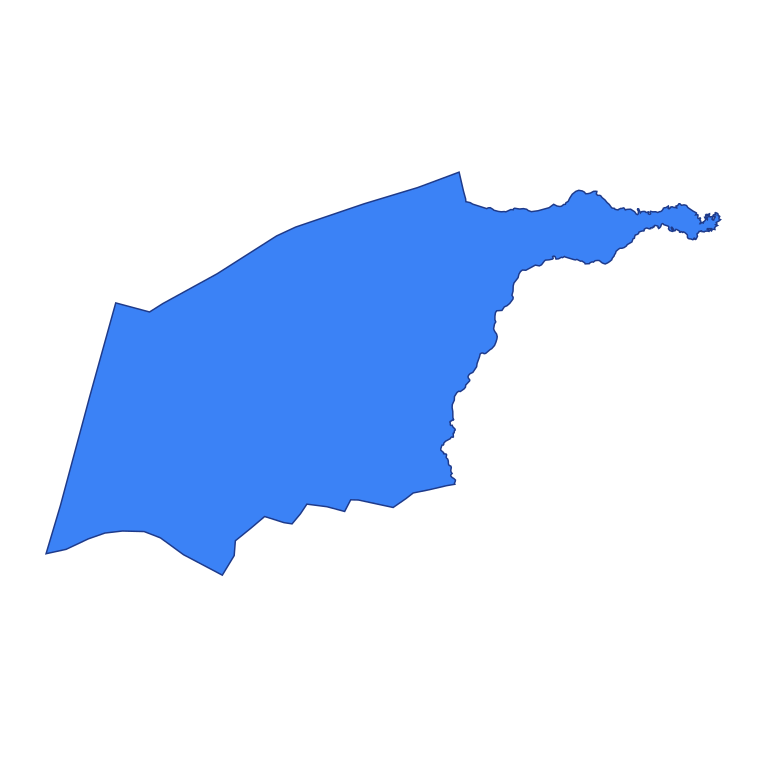 the district of Intan Jaya, Papua, Indonesia, rotated 105°
{"feature_id": "22746128B83440404091664", "entity_name": "Intan Jaya", "entity_type": "district", "adm_level": 2, "iso_a3": "IDN", "parent_name": "Indonesia", "parent_adm1": "Papua", "projection": "albers", "projection_center": [136.506, -3.409], "detail": "fine", "context": "isolated", "style": "filled", "palette": "blue", "viewbox_px": 768, "rotation_deg": 105, "n_neighbors": 0, "source": "geoboundaries", "source_scale": "gbopen_adm2", "svg_char_len": 6171}
<svg xmlns="http://www.w3.org/2000/svg" viewBox="0 0 768 768"><g transform="rotate(105 384 384)"><path d="M462.5,289.6L461.5,290.3L460.0,290.0L458.3,290.1L457.2,292.1L456.6,294.2L455.4,295.8L454.3,295.9L452.8,295.0L451.7,296.4L450.3,297.1L447.2,297.4L446.1,298.1L445.7,300.0L444.7,301.0L441.7,302.0L440.1,303.0L439.3,304.5L438.6,305.0L436.2,305.2L435.6,305.8L435.9,308.4L434.9,308.6L433.2,312.0L432.0,312.4L428.1,312.2L427.6,310.9L426.9,310.7L425.8,311.0L423.4,309.8L419.5,305.7L418.4,305.6L417.6,304.8L417.6,303.6L417.1,303.3L413.7,304.4L413.0,303.6L411.1,303.9L410.0,303.3L409.1,303.8L407.5,306.5L406.2,307.5L406.7,308.9L406.3,309.4L404.4,309.9L403.7,310.6L402.8,310.2L402.1,309.2L401.1,308.7L401.1,307.9L400.4,307.5L398.8,308.7L392.9,310.4L389.1,312.1L386.2,312.7L381.4,311.9L377.9,312.7L373.3,311.3L371.7,310.0L371.5,308.3L367.9,305.3L366.0,304.5L363.9,304.8L358.8,302.1L357.9,302.2L356.3,304.2L355.0,304.8L353.3,304.4L351.7,303.5L349.8,301.2L343.4,299.0L340.1,299.4L333.1,298.8L330.1,298.9L328.9,297.9L328.5,296.5L328.8,295.1L328.1,293.7L323.3,290.4L322.0,289.1L318.2,287.2L314.6,286.7L311.2,286.6L308.9,286.9L306.6,288.2L304.5,290.7L302.4,292.4L297.4,292.8L295.1,292.1L293.2,293.5L289.8,294.4L286.2,294.8L284.1,294.1L282.4,289.1L278.3,287.7L276.6,285.5L273.6,283.4L268.5,281.4L266.8,281.7L265.2,283.4L260.9,283.4L255.8,284.6L252.8,284.6L246.6,282.0L243.0,282.1L240.1,281.3L238.1,279.8L237.4,276.4L230.0,268.6L229.7,264.5L228.1,262.7L223.7,260.9L222.6,260.2L221.3,256.6L219.7,253.5L218.7,253.1L217.4,254.1L216.7,253.6L216.5,252.3L216.9,251.5L218.8,250.2L217.9,247.8L215.7,245.5L215.7,244.2L214.1,242.7L214.4,242.0L214.7,233.1L214.6,231.2L213.7,229.9L214.5,226.0L214.0,224.6L215.0,221.5L215.9,220.8L214.6,216.8L213.5,216.3L212.5,215.1L212.1,214.2L212.1,213.3L210.2,211.9L209.4,209.8L209.0,208.0L210.4,205.0L210.7,203.6L210.8,201.4L209.2,199.4L207.3,197.7L205.0,196.1L203.6,196.1L200.7,194.8L199.9,194.9L197.7,194.2L195.8,194.2L193.1,192.4L191.8,191.2L191.3,189.3L190.1,187.4L188.0,185.6L186.4,185.1L182.6,181.3L179.8,181.1L179.0,180.8L178.6,180.0L178.0,179.8L177.1,180.1L175.0,179.8L174.2,178.4L172.9,177.1L171.4,177.1L170.1,175.5L169.1,173.6L169.0,172.8L168.6,172.4L167.2,172.7L165.7,171.3L165.3,170.4L165.5,167.9L164.9,166.6L164.2,166.9L163.7,166.0L163.7,165.0L162.5,164.7L162.8,164.3L162.3,163.8L160.9,163.7L160.6,162.9L160.6,160.4L161.2,159.9L162.0,159.8L162.0,158.9L162.5,158.8L162.1,158.3L160.5,157.5L158.0,157.3L157.0,156.6L157.0,155.9L157.7,154.9L157.9,150.6L158.5,149.6L159.6,149.3L160.5,149.4L161.8,147.8L162.0,145.2L161.8,144.5L161.3,144.3L160.7,144.6L159.9,146.4L158.4,147.1L158.1,146.8L158.1,146.3L159.3,144.8L161.0,143.4L160.6,142.5L159.1,142.1L159.0,141.2L159.8,138.1L160.8,137.8L160.8,137.1L159.9,136.4L159.9,135.7L160.4,135.0L160.3,134.6L159.6,134.3L159.8,132.7L161.1,130.1L161.6,129.5L163.7,128.9L164.5,128.1L164.8,127.0L164.5,125.0L164.7,123.0L164.1,122.4L163.2,122.4L162.8,122.1L162.9,121.5L163.8,121.0L163.8,120.6L163.4,120.1L160.2,119.4L158.1,120.5L157.4,120.3L157.0,119.7L156.3,119.3L155.1,119.2L154.6,117.8L154.0,117.5L153.9,117.0L154.6,116.2L154.2,115.4L154.3,114.6L154.1,113.9L153.5,113.6L152.6,111.4L152.5,109.5L152.0,109.4L150.7,110.4L151.0,111.5L150.8,112.0L150.2,111.8L149.3,108.4L150.9,108.6L151.5,107.4L150.9,107.0L149.9,107.7L149.5,107.4L149.1,104.3L147.5,105.1L145.7,104.2L144.6,102.9L144.2,104.9L143.2,103.9L142.0,104.9L139.3,102.2L138.1,101.5L138.0,103.0L137.0,103.4L135.2,103.1L134.9,103.8L135.1,104.3L134.7,104.9L133.4,105.3L132.9,106.1L132.6,108.0L133.2,108.5L134.7,107.4L135.1,109.2L135.7,109.7L136.3,109.8L136.8,109.4L136.7,107.5L137.1,107.3L137.7,107.4L138.4,108.0L140.1,107.9L140.5,108.5L139.8,109.9L138.3,109.6L137.4,109.9L137.6,111.1L138.3,112.2L137.7,112.9L137.0,113.6L136.5,113.7L135.8,113.4L135.3,113.6L136.4,114.9L136.8,116.7L137.6,117.1L138.1,116.8L138.2,116.2L137.7,115.7L137.5,114.6L137.6,113.9L138.1,113.7L139.2,114.7L140.2,114.9L141.0,114.2L141.5,114.2L140.8,115.3L139.8,115.5L139.4,116.0L139.4,116.7L139.9,117.5L141.5,116.0L142.7,116.0L144.1,116.8L144.6,117.5L145.1,117.2L145.9,117.3L145.8,118.4L146.3,119.4L147.1,119.7L147.3,120.3L145.3,119.9L144.6,120.2L144.0,121.3L142.0,121.2L141.7,121.7L142.7,122.5L142.8,123.3L142.3,124.0L139.9,124.3L139.3,124.7L140.0,126.8L138.4,126.3L137.9,126.5L137.0,130.2L134.9,136.2L133.4,137.8L133.2,138.6L133.3,140.6L134.4,142.9L133.3,144.9L133.6,145.8L135.5,146.5L136.6,148.0L137.4,147.1L138.2,146.8L138.1,149.0L138.5,149.4L138.2,151.3L138.7,152.7L139.8,153.0L141.0,154.0L140.9,154.9L139.6,154.8L138.5,155.4L140.6,157.3L141.2,158.8L142.0,159.7L142.8,159.6L145.0,160.6L145.9,161.5L146.2,162.4L147.5,164.0L147.3,166.2L148.2,169.1L148.2,171.3L149.3,171.7L150.3,170.6L150.9,170.6L151.5,171.6L151.2,172.8L149.4,173.3L150.5,175.2L149.8,176.6L150.2,178.3L151.0,180.0L152.4,180.6L148.9,183.4L149.1,184.3L150.0,184.3L151.2,183.0L153.8,182.4L154.8,183.1L154.6,184.3L152.8,186.4L151.3,191.0L152.5,194.6L153.4,196.0L152.0,197.5L151.9,198.3L152.9,199.8L153.1,200.8L154.8,202.8L155.3,203.0L155.5,206.0L154.7,206.8L155.0,208.9L154.8,209.8L152.2,213.0L151.0,215.5L149.0,218.2L147.5,221.6L146.2,223.2L145.9,224.4L146.5,226.5L145.5,228.1L142.9,228.2L143.0,229.4L143.7,231.5L146.2,234.1L147.4,236.4L148.0,238.5L146.8,240.0L146.2,242.4L146.5,246.0L148.3,248.6L152.0,251.3L156.4,252.7L160.0,253.4L161.8,255.2L163.5,255.3L164.1,256.9L166.4,258.6L167.1,260.4L167.3,262.9L166.5,266.6L171.0,270.2L176.8,280.1L179.4,286.3L179.1,289.7L178.3,291.4L178.5,294.7L179.9,298.4L180.4,303.3L181.2,304.2L182.2,304.2L182.7,306.7L186.2,310.9L186.3,312.5L187.3,315.3L187.7,318.3L187.7,322.8L187.0,324.2L186.2,327.0L186.9,329.0L188.0,330.1L187.3,344.8L186.5,347.7L186.7,352.1L184.0,353.1L177.2,357.1L159.9,366.3L185.6,402.4L215.1,449.9L255.3,510.0L268.8,526.1L320.6,573.6L363.5,618.4L375.1,629.1L375.1,664.1L472.6,665.0L585.2,665.1L635.4,666.5L626.0,648.3L610.1,629.5L600.2,615.0L593.7,598.6L588.6,577.5L590.5,560.1L600.8,533.4L610.5,490.7L588.5,484.3L573.9,487.0L557.5,475.1L542.9,465.0L543.8,444.8L542.9,436.6L531.0,431.1L520.0,427.4L517.3,407.3L517.3,389.0L504.5,386.2L502.7,378.9L500.9,343.2L489.0,333.1L481.7,327.6L474.4,312.9L466.1,297.4L462.5,289.6Z" fill="#3b82f6" stroke="#1e3a8a" stroke-width="1.5"/></g></svg>